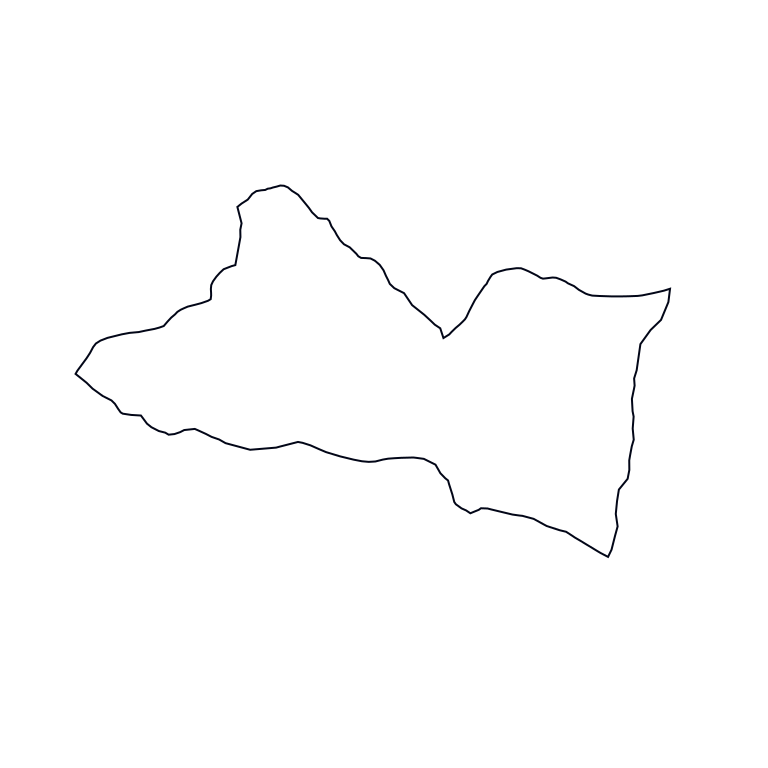 the district of Wangchang, Paro, Bhutan, rotated 168°
{"feature_id": "84629894B96317495800587", "entity_name": "Wangchang", "entity_type": "district", "adm_level": 2, "iso_a3": "BTN", "parent_name": "Bhutan", "parent_adm1": "Paro", "projection": "mercator", "projection_center": [89.426, 27.411], "detail": "fine", "context": "isolated", "style": "outline", "palette": "ink", "viewbox_px": 768, "rotation_deg": 168, "n_neighbors": 0, "source": "geoboundaries", "source_scale": "gbopen_adm2", "svg_char_len": 3149}
<svg xmlns="http://www.w3.org/2000/svg" viewBox="0 0 768 768"><g transform="rotate(168 384 384)"><path d="M219.5,185.1L209.6,175.8L207.2,173.6L200.8,168.3L195.9,174.6L189.6,187.4L185.1,196.1L184.3,208.7L180.4,221.0L176.2,231.9L165.4,240.6L161.9,248.9L160.0,258.3L158.1,263.1L154.6,271.5L151.3,277.6L150.0,288.7L146.6,300.2L146.5,305.7L144.6,317.9L140.6,327.0L139.2,330.3L138.2,337.4L134.0,344.9L124.9,369.7L112.0,381.4L99.7,389.1L88.8,405.0L84.4,417.7L90.7,417.1L95.2,417.0L101.5,416.9L113.0,417.0L117.5,417.4L126.7,419.0L132.9,420.2L143.7,422.5L155.0,425.3L162.0,427.2L165.6,429.0L168.0,430.5L173.8,435.6L177.7,440.2L183.1,444.2L185.1,446.4L189.5,449.6L193.5,452.1L196.9,453.1L203.9,453.7L206.6,454.0L208.8,455.3L211.6,458.1L215.2,461.0L219.2,464.2L222.6,466.6L225.9,468.7L230.1,469.7L240.7,470.5L249.8,470.0L255.4,468.6L257.6,466.6L260.9,463.1L262.8,460.6L265.5,458.8L274.0,450.7L277.7,447.1L280.6,443.6L285.5,437.6L289.4,432.4L291.4,430.4L294.1,428.6L297.8,426.3L302.3,423.9L307.2,420.8L309.9,418.9L316.3,416.6L317.4,426.8L322.0,431.5L324.9,435.8L330.2,443.3L340.1,455.3L345.5,468.7L350.7,472.9L354.0,475.6L357.5,480.7L358.4,484.9L359.6,489.4L360.8,495.3L363.4,501.4L367.3,506.5L371.1,509.6L375.1,510.8L380.2,512.1L382.6,514.3L383.9,517.0L387.3,522.1L389.1,524.8L394.1,529.0L397.0,533.7L399.2,539.6L400.3,543.5L401.7,546.9L402.6,549.1L403.6,554.9L405.3,557.5L408.1,558.1L411.9,559.2L414.1,560.1L418.7,566.9L420.8,571.8L423.4,576.9L428.6,586.9L431.2,589.5L433.8,592.0L437.1,596.3L440.6,598.7L444.2,599.7L447.9,599.4L451.8,599.3L454.3,599.0L457.2,599.2L459.8,598.5L463.9,599.0L468.8,599.2L473.4,597.3L478.9,592.7L485.8,590.1L490.6,587.7L490.3,580.5L489.9,570.8L492.5,564.8L493.9,557.5L498.7,545.8L504.7,531.2L508.4,531.0L513.4,530.2L517.0,529.6L521.6,526.8L525.7,523.8L529.9,520.0L532.4,516.7L533.6,512.9L534.2,509.0L534.7,506.4L535.9,503.0L538.8,502.0L545.8,501.1L551.7,500.8L559.9,500.5L563.9,499.7L567.4,498.9L571.1,497.5L574.0,495.5L578.3,493.2L582.7,490.1L587.4,486.5L592.0,485.9L596.9,485.6L605.9,485.8L613.1,485.8L622.2,486.9L630.1,487.1L636.0,486.9L644.9,486.6L652.3,485.4L657.4,483.5L660.8,480.6L665.0,475.6L669.5,471.1L674.9,466.3L681.1,460.8L683.6,458.0L674.7,447.1L670.0,440.0L661.7,430.8L654.0,424.6L651.3,420.5L649.2,414.9L647.5,411.0L645.7,409.3L637.7,406.3L628.3,403.7L624.1,394.5L620.5,390.1L614.0,384.8L608.1,381.9L605.2,379.2L599.3,378.6L593.4,379.3L589.0,380.5L578.4,379.4L575.2,377.1L568.6,372.2L563.6,368.1L556.8,364.0L551.3,359.1L528.6,347.5L502.7,344.2L499.3,344.4L480.2,345.2L475.9,343.4L468.7,339.3L461.1,333.8L454.8,329.4L442.1,322.4L429.4,316.3L421.6,313.0L415.1,311.0L408.5,310.0L400.8,310.3L395.5,310.1L389.6,309.3L382.4,308.2L370.6,306.0L367.9,305.1L360.6,302.5L350.4,294.4L348.4,288.2L347.4,285.0L343.7,279.1L341.4,276.3L341.2,272.7L340.1,261.6L339.9,256.5L339.8,254.0L338.7,251.4L334.0,246.2L330.0,243.3L326.4,239.6L321.0,240.6L317.5,241.2L315.0,242.3L308.6,240.7L305.2,239.0L295.8,234.5L285.5,229.6L282.2,228.4L278.9,227.2L276.1,226.3L265.7,221.0L257.0,213.5L254.3,211.2L242.5,204.4L236.6,201.6L234.8,199.8L231.0,196.0L229.3,194.2L224.8,190.1L219.5,185.1Z" fill="none" stroke="#020617" stroke-width="2"/></g></svg>